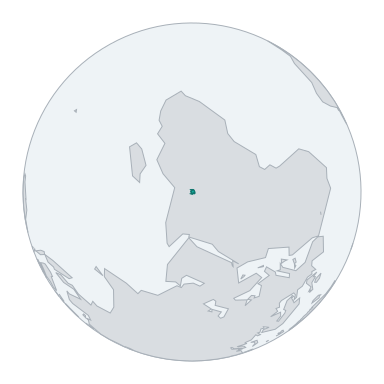 the Earth from above Nyanza, rotated 151°
{"feature_id": "KEN-1197", "entity_name": "Nyanza", "entity_type": "Province", "adm_level": 1, "iso_a3": "KEN", "parent_name": "Kenya", "parent_adm1": "", "projection": "orthographic", "projection_center": [34.762, -0.553], "detail": "fine", "context": "on_globe", "style": "filled", "palette": "teal", "viewbox_px": 384, "rotation_deg": 151, "n_neighbors": 0, "source": "natural_earth", "source_scale": "10m", "svg_char_len": 6958}
<svg xmlns="http://www.w3.org/2000/svg" viewBox="0 0 384 384"><g transform="rotate(151 192 192)"><circle cx="192" cy="192" r="169" fill="#eef3f6" stroke="#a8b0b8"/><path d="M23.8,176.1L23.9,179.5L23.8,186.7L23.6,191.2L24.2,192.5L24.2,195.5L29.2,200.0L34.0,207.5L35.3,217.9L34.2,229.7L40.1,254.7L40.1,262.9L44.7,272.9L52.6,287.4L52.3,287.0L45.4,276.0L39.4,264.5L34.3,252.6L30.1,240.3L26.9,227.8L24.6,215.0L23.3,202.1L23.1,189.1L23.8,176.1ZM322.5,84.7L323.2,85.8L319.4,81.2L322.0,85.1L325.4,89.1L326.0,89.2L329.9,95.2L335.6,103.2L340.7,112.0L345.9,126.3L344.7,130.0L345.5,132.9L342.7,129.1L342.5,134.4L350.4,152.3L351.4,157.4L349.4,166.2L348.7,162.4L341.4,152.2L342.5,164.2L348.1,175.1L350.2,187.6L346.9,183.2L344.6,172.3L341.9,168.4L340.8,157.8L335.2,142.1L331.8,144.5L330.4,138.4L322.2,125.8L316.2,129.2L308.0,144.6L309.7,160.5L305.6,167.4L293.7,144.2L288.6,129.3L284.1,130.6L272.0,118.2L250.6,117.3L247.7,113.6L243.6,115.3L235.1,111.7L230.7,105.8L225.5,106.2L237.2,121.8L242.8,121.5L247.7,115.5L249.9,121.3L258.2,126.5L248.6,140.5L217.0,153.5L214.2,141.7L191.7,111.1L192.5,107.8L192.4,107.4L192.2,106.7L189.8,112.2L186.0,106.5L197.8,127.2L199.6,136.5L216.6,154.2L214.9,156.1L220.4,159.8L238.5,155.3L238.6,159.3L229.8,178.0L205.0,204.2L208.5,222.0L207.1,237.3L192.1,247.7L193.9,259.6L186.2,263.9L186.0,270.7L180.1,278.0L170.1,285.0L152.6,285.5L151.1,279.4L141.7,267.6L128.4,239.0L132.4,225.8L130.7,215.7L118.0,193.8L120.8,181.5L117.5,176.5L110.7,178.0L106.9,172.1L102.8,172.2L77.7,178.0L70.4,170.7L62.6,148.1L67.4,138.5L68.9,128.1L102.6,92.3L109.0,93.6L134.7,88.3L137.8,89.4L133.9,96.8L152.6,105.5L159.5,99.0L177.2,103.9L189.5,103.7L195.3,89.8L175.2,89.8L172.5,83.4L189.3,77.7L207.0,78.8L206.5,76.4L196.0,70.9L200.7,66.8L192.4,68.8L195.3,71.1L190.1,72.7L187.2,70.7L189.0,69.2L183.9,68.2L176.6,76.5L178.8,79.8L164.9,81.6L167.1,87.5L163.1,90.4L157.9,81.6L158.9,78.4L148.5,69.9L146.2,73.4L155.8,81.8L152.5,81.2L149.4,86.8L149.1,82.1L139.3,72.8L127.2,75.6L110.6,90.0L103.8,91.8L98.7,89.7L106.0,75.9L120.3,73.6L123.1,69.5L121.3,64.3L125.8,64.3L126.8,62.2L132.3,61.5L141.2,56.1L147.0,55.3L151.5,49.3L155.0,48.3L151.4,52.0L151.9,54.4L166.4,53.7L169.5,52.4L171.3,48.8L175.0,49.4L174.9,46.1L183.7,44.8L172.8,43.9L174.6,40.5L180.4,38.1L179.1,37.0L169.5,41.1L167.4,43.0L168.8,44.8L161.5,50.9L156.3,52.1L156.5,45.7L149.2,47.1L152.6,42.2L176.3,32.9L185.7,31.6L199.1,35.3L196.3,37.0L190.2,36.3L194.9,39.6L195.0,38.0L198.1,38.8L200.6,36.4L202.9,36.9L201.3,34.1L204.5,34.5L205.4,36.2L211.8,33.9L218.6,34.5L218.9,33.8L217.3,32.9L227.0,34.7L226.8,34.2L223.6,33.3L221.1,31.8L220.4,30.0L223.8,30.7L224.5,31.4L231.0,34.4L232.4,36.7L233.7,36.9L233.4,35.1L225.3,31.4L224.0,30.2L228.2,31.7L226.6,31.1L227.0,30.7L230.5,31.2L226.1,29.6L225.7,26.8L232.6,28.1L236.4,29.3L239.0,29.7L251.0,33.7L262.8,38.6L274.1,44.3L284.9,50.9L295.3,58.3L305.0,66.4L314.1,75.2L322.5,84.7ZM90.2,109.5L89.1,112.5L90.2,109.5ZM225.4,87.7L236.2,88.6L231.8,80.3L235.6,80.1L232.7,77.5L231.4,79.7L224.5,72.9L229.3,70.9L228.2,67.7L224.6,67.3L216.8,72.2L226.7,81.6L224.1,84.9L225.4,87.7ZM80.9,64.7L80.1,65.4L76.1,69.1L78.4,66.9L77.8,67.5L80.9,64.7ZM126.9,52.7L128.5,53.6L125.8,56.1L118.5,58.5L122.3,54.8L126.9,52.7ZM131.2,54.6L133.5,48.3L138.1,47.1L135.2,48.7L138.0,48.5L133.9,51.3L136.2,56.7L134.0,59.3L121.6,61.5L126.9,59.1L125.1,58.1L131.2,54.6ZM131.1,39.2L132.1,37.8L140.9,36.7L138.9,38.3L131.5,40.4L129.4,39.8L131.1,39.2ZM126.6,36.2L134.2,33.3L133.4,33.5L136.4,32.5L135.9,32.6L137.4,32.1L152.7,27.7L168.3,24.7L167.9,24.8L170.6,24.4L174.4,24.0L174.3,24.3L170.9,24.5L173.3,24.8L168.4,25.4L169.0,25.4L165.2,26.1L161.5,27.2L159.4,27.4L158.9,27.8L156.4,28.4L154.9,29.1L150.7,29.9L148.6,30.9L147.8,30.8L145.3,32.3L145.3,31.6L141.9,32.7L143.8,32.8L124.4,38.1L116.3,41.7L109.6,45.4L110.3,44.3L117.1,40.6L126.4,36.3L126.6,36.2ZM141.8,86.5L144.3,86.7L148.3,86.2L146.4,90.0L141.8,86.5ZM134.9,80.2L137.2,79.6L136.5,84.1L133.9,84.1L134.9,80.2ZM139.1,75.7L137.4,79.2L136.8,77.3L139.1,75.7ZM153.6,51.5L156.1,50.9L156.1,51.7L154.5,53.1L153.6,51.5ZM180.3,27.2L178.8,26.8L179.7,26.6L179.5,25.5L183.1,25.3L184.6,25.9L180.3,27.2ZM191.6,92.2L187.7,94.8L186.0,93.5L187.6,92.8L191.6,92.2ZM165.7,92.1L171.3,93.8L165.1,93.1L165.7,92.1ZM184.2,26.7L183.7,26.3L185.8,26.5L184.2,26.7ZM185.7,25.2L188.3,25.3L183.5,25.2L185.7,25.2ZM254.7,317.9L255.5,320.0L253.0,320.1L254.7,317.9ZM236.2,234.9L224.7,261.8L216.7,261.9L215.1,254.0L219.3,237.6L228.6,233.0L233.2,225.7L236.2,234.9ZM357.8,219.9L358.0,221.1L357.9,221.9L357.8,219.9ZM357.6,216.6L358.2,217.4L357.2,218.3L357.6,216.6ZM358.4,217.7L358.9,216.8L359.2,215.7L358.9,217.4L358.4,217.7ZM357.1,216.3L352.5,214.4L350.2,211.6L351.2,208.8L354.9,210.6L357.1,216.3ZM351.0,208.7L346.9,199.6L338.4,175.1L341.5,175.8L349.8,191.1L349.4,193.5L351.9,200.5L351.0,208.7ZM359.2,196.2L358.6,203.6L356.5,201.9L355.3,200.2L354.6,190.3L355.0,185.7L356.1,186.2L358.2,171.4L359.4,175.9L359.3,182.3L360.1,189.2L359.2,196.2ZM310.5,162.0L314.5,171.8L312.0,173.3L310.5,162.0ZM357.5,160.9L357.7,167.2L356.9,158.5L357.5,160.9ZM356.0,152.7L356.8,156.2L355.8,152.5L356.0,152.7ZM347.0,137.5L345.9,137.9L345.1,135.5L346.0,133.6L347.0,137.5ZM344.5,119.7L347.5,126.5L348.3,128.7L346.4,124.4L344.5,119.7ZM214.1,27.6L210.4,28.9L210.1,30.5L213.6,32.0L207.0,30.8L207.5,28.4L214.1,27.6ZM224.0,26.6L220.8,25.8L223.2,26.2L224.2,26.4L224.0,26.6ZM221.4,26.1L215.6,25.3L214.5,24.9L219.3,25.6L221.4,26.1ZM199.9,25.0L198.5,25.3L196.8,25.1L199.9,25.0ZM333.1,284.9L329.3,288.9L329.7,286.7L333.2,281.8L340.7,266.1L340.9,266.6L345.2,256.3L350.7,248.8L355.1,236.1L351.1,248.9L346.0,261.4L340.0,273.4L333.1,284.9ZM358.6,220.1L358.2,222.0L358.8,219.1L358.6,220.1ZM360.9,188.2L360.4,191.2L360.5,196.0L360.9,193.8L360.6,197.5L360.3,205.8L360.0,208.5L360.4,199.6L359.7,208.2L359.5,207.7L359.8,200.1L360.3,191.4L360.5,188.0L360.9,187.8L360.9,188.2ZM359.9,173.0L359.3,168.9L359.4,170.8L358.8,164.9L359.9,173.0ZM358.2,161.8L358.4,163.4L357.7,159.1L358.2,161.8ZM358.0,161.3L357.1,157.1L357.5,158.0L358.0,161.3ZM354.8,147.8L356.9,155.3L355.6,151.4L351.8,138.3L352.1,138.4L354.8,147.8Z" fill="#d9dde1" stroke="#a8b0b8" stroke-width="1"/><path d="M191.9,194.5L191.4,194.3L190.8,193.9L190.1,193.6L189.9,193.4L189.7,193.3L189.5,192.7L189.4,192.3L189.5,191.9L189.6,191.3L189.6,190.8L189.6,190.7L189.8,190.4L189.8,190.2L190.0,190.0L190.0,189.9L190.0,189.7L190.3,189.6L190.5,189.5L190.8,189.5L191.1,189.9L191.1,190.0L191.3,190.1L191.3,190.3L191.2,190.4L191.3,190.4L191.5,190.4L191.8,190.4L192.0,190.4L192.1,190.5L192.3,190.5L192.5,190.5L192.6,190.4L192.7,190.5L192.8,190.5L193.0,190.5L193.0,190.4L193.1,190.5L193.3,190.5L193.5,190.7L193.5,190.8L193.7,191.0L193.4,191.0L193.4,190.9L193.2,190.9L193.1,190.7L193.0,190.8L192.9,190.9L192.9,191.0L192.8,191.3L192.7,191.3L192.7,191.5L192.8,191.7L192.8,191.8L192.9,192.2L192.9,192.3L192.9,192.6L192.8,192.8L192.7,192.8L192.7,193.0L191.8,193.2L191.7,193.2L191.6,193.3L191.4,193.3L191.5,193.5L191.6,193.8L191.7,194.0L191.8,194.0L191.9,194.5L191.9,194.5Z" fill="#14b8a6" stroke="#0f766e" stroke-width="1.5"/></g></svg>